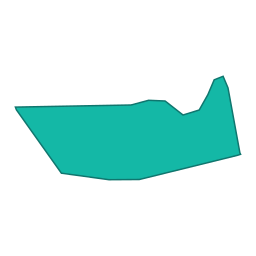 an SVG outline of Djibouti
{"feature_id": "DJI-1567", "entity_name": "Djibouti", "entity_type": "City", "adm_level": 1, "iso_a3": "DJI", "parent_name": "Djibouti", "parent_adm1": "", "projection": "equal_earth", "projection_center": [43.069, 11.565], "detail": "fine", "context": "isolated", "style": "filled", "palette": "teal", "viewbox_px": 256, "rotation_deg": 0, "n_neighbors": 0, "source": "natural_earth", "source_scale": "10m", "svg_char_len": 340}
<svg xmlns="http://www.w3.org/2000/svg" viewBox="0 0 256 256"><path d="M15.4,107.1L131.0,105.0L148.6,100.3L165.1,101.0L183.0,115.0L199.2,110.0L207.9,94.6L214.2,79.8L223.1,76.3L228.0,87.9L239.9,152.9L240.6,154.3L237.5,155.3L139.3,179.5L108.9,179.7L61.4,173.2L16.4,109.8L15.4,107.1Z" fill="#14b8a6" stroke="#0f766e" stroke-width="1.5"/></svg>